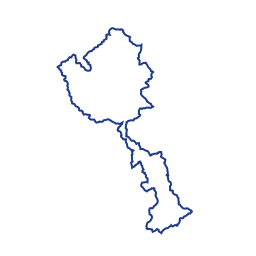 outline of Concepcion, Junín, Peru, rotated 286°
{"feature_id": "86281439B60815042130101", "entity_name": "Concepcion", "entity_type": "district", "adm_level": 2, "iso_a3": "PER", "parent_name": "Peru", "parent_adm1": "Junín", "projection": "natural_earth1", "projection_center": [-75.231, -11.807], "detail": "fine", "context": "isolated", "style": "outline", "palette": "blue", "viewbox_px": 256, "rotation_deg": 286, "n_neighbors": 0, "source": "geoboundaries", "source_scale": "gbopen_adm2", "svg_char_len": 5857}
<svg xmlns="http://www.w3.org/2000/svg" viewBox="0 0 256 256"><g transform="rotate(286 128 128)"><path d="M105.4,172.9L108.0,172.6L109.4,167.6L111.7,167.6L114.1,166.5L113.5,164.6L112.5,164.1L112.3,163.3L111.5,163.2L111.1,162.7L111.0,161.7L110.3,160.0L109.3,158.9L109.1,158.1L108.3,157.8L107.7,157.1L111.2,153.5L111.2,151.0L111.9,148.1L111.6,146.6L111.1,145.8L113.3,144.8L114.4,143.4L115.5,143.2L116.5,142.7L116.3,142.0L115.0,140.4L115.9,139.6L117.2,137.4L117.3,136.4L116.8,135.5L116.8,134.6L119.2,131.5L119.6,130.3L119.5,128.6L120.4,128.3L121.3,128.6L121.9,128.0L122.6,127.7L123.8,127.8L124.9,127.4L126.3,127.4L126.9,126.1L127.3,125.8L128.2,125.8L129.4,125.3L132.4,125.3L133.2,125.0L133.6,125.6L134.4,125.9L135.6,127.5L136.3,128.9L136.8,131.2L138.5,131.5L139.8,133.7L142.6,135.8L143.8,136.2L144.7,134.4L146.1,134.3L147.4,133.7L149.7,134.0L150.2,134.3L150.4,134.9L150.2,136.2L151.5,137.6L151.5,138.7L152.8,140.4L153.7,144.4L155.4,146.2L156.3,144.3L157.5,143.4L157.8,141.5L158.2,140.8L158.7,139.0L159.5,138.7L160.6,137.1L161.1,136.8L161.9,134.5L163.3,132.0L164.3,131.1L165.0,130.9L166.3,130.9L167.9,130.1L168.6,130.2L169.8,131.6L170.8,132.4L171.6,133.5L171.8,134.4L173.5,136.4L174.7,135.9L175.5,134.7L175.8,133.0L176.5,132.4L177.5,133.0L178.7,134.7L180.6,134.3L181.3,135.4L181.5,136.4L182.2,136.7L183.6,137.0L184.5,136.0L187.0,135.7L188.7,136.7L189.2,135.5L189.1,134.3L190.9,133.1L191.3,131.9L192.6,130.1L194.3,128.8L195.2,127.1L195.6,127.0L194.4,124.4L192.5,122.8L192.2,121.4L196.2,120.5L196.6,120.0L196.9,118.9L197.9,118.2L198.8,119.0L202.0,118.0L204.5,119.0L207.9,118.9L211.5,118.0L210.8,117.5L209.4,113.4L210.1,111.8L210.2,109.4L211.4,108.3L212.0,105.8L215.2,104.7L216.0,104.9L216.6,101.0L217.3,98.8L218.7,97.6L218.9,96.9L220.4,96.4L221.0,95.3L220.9,93.9L220.3,93.6L220.1,91.1L219.3,89.3L219.7,87.5L219.6,85.1L217.6,83.5L215.4,83.1L214.9,83.2L214.4,83.8L213.5,83.8L212.6,84.7L212.3,82.6L211.8,81.6L211.2,81.5L210.2,82.2L209.4,82.0L208.6,82.7L208.0,82.8L207.4,82.5L206.1,80.8L204.2,80.7L203.8,79.4L203.5,79.2L201.5,79.4L201.3,78.7L199.8,77.5L199.2,76.4L198.6,76.4L197.9,76.7L197.1,76.0L196.6,74.5L195.9,73.7L194.4,73.6L193.9,72.8L191.8,71.8L191.6,70.6L190.1,69.2L188.8,68.4L186.5,67.8L184.3,66.1L182.8,66.2L181.5,69.8L180.0,70.7L180.1,72.2L178.9,72.1L178.4,72.3L178.3,74.3L175.5,75.8L173.6,75.9L172.8,75.6L172.0,73.8L172.0,71.1L173.6,69.5L174.4,67.9L174.3,66.1L175.7,65.6L177.2,63.7L176.0,60.7L176.4,60.1L177.3,59.8L179.3,59.7L181.0,58.2L182.9,57.7L183.3,57.2L183.5,55.3L181.9,54.4L180.2,54.0L180.1,52.8L179.7,52.2L178.3,51.6L176.7,51.5L175.5,49.7L174.4,49.2L174.4,48.5L173.7,47.1L172.4,46.0L170.0,46.4L168.6,44.4L167.2,43.5L166.6,44.5L166.4,45.4L165.7,45.8L165.3,46.4L164.9,47.9L163.8,48.1L163.1,48.7L162.9,49.4L161.0,49.8L160.4,51.3L160.6,52.9L160.4,53.8L158.5,54.2L157.2,53.2L156.7,53.3L155.9,54.4L156.1,55.6L155.5,56.9L153.4,58.2L152.0,57.9L150.6,59.1L148.2,59.2L147.8,60.4L147.2,61.0L146.6,61.0L145.3,62.4L143.7,62.5L143.0,62.9L142.1,65.1L139.7,65.5L138.3,66.2L138.2,66.6L137.2,67.2L136.2,67.5L136.3,69.8L136.0,70.3L135.0,71.1L134.5,72.1L134.3,74.2L133.8,74.7L133.5,75.5L132.0,75.8L131.5,76.4L131.4,77.2L131.9,78.2L131.6,79.5L131.2,80.0L130.5,80.0L128.7,81.8L129.6,83.5L129.5,85.5L130.1,87.6L129.4,88.0L127.0,87.5L126.1,89.1L125.9,90.2L126.8,93.3L124.9,95.1L124.5,96.2L125.1,97.0L125.3,97.9L126.4,98.8L126.4,100.2L127.1,101.8L128.6,102.5L129.1,103.1L129.2,103.8L130.8,106.2L130.9,108.2L130.4,108.6L130.3,110.0L129.7,111.2L129.3,114.2L128.9,115.2L129.4,116.4L129.6,118.4L130.2,119.8L131.7,121.1L130.1,121.2L128.8,120.0L127.8,120.2L126.7,119.2L126.0,119.2L125.7,118.6L125.1,118.5L124.4,118.8L123.6,118.5L123.0,118.8L122.3,119.5L122.6,120.7L122.0,122.2L119.2,123.8L118.6,123.4L118.1,123.6L117.3,124.3L116.9,125.3L116.0,126.2L115.9,126.9L116.6,129.2L115.2,129.3L113.9,129.9L112.1,131.5L109.9,132.5L109.1,133.3L108.9,134.9L107.7,137.6L108.1,138.9L107.9,139.4L106.3,138.3L104.4,139.5L103.7,139.5L103.0,139.0L102.4,139.5L101.5,139.6L100.0,140.3L98.6,140.6L97.0,141.7L96.0,140.6L95.6,140.5L92.2,142.5L90.9,142.9L92.4,144.2L92.7,144.8L93.2,144.8L94.6,145.5L95.1,146.3L96.3,147.0L97.0,147.9L98.0,147.4L99.1,148.7L98.0,150.2L97.5,150.2L95.9,151.2L95.6,152.0L93.9,152.8L92.4,154.4L91.0,153.6L89.6,154.1L89.6,156.4L88.7,156.3L88.1,157.8L87.6,158.3L86.4,158.5L85.4,159.2L85.1,160.5L84.6,160.9L81.1,161.7L81.1,160.5L79.3,156.6L77.3,156.3L75.7,156.8L74.7,159.0L72.8,161.3L72.6,162.6L72.2,163.4L72.4,163.8L73.7,164.6L75.8,167.0L76.6,167.4L76.7,168.7L77.4,168.9L77.9,168.7L77.4,169.1L77.2,170.0L75.9,170.1L74.0,172.5L71.8,173.1L71.4,172.9L71.0,173.2L70.5,173.1L67.7,175.7L66.5,176.5L65.0,176.9L63.7,176.9L62.1,175.8L61.6,175.9L60.0,174.4L58.6,174.3L57.8,173.8L57.3,173.1L57.4,172.3L56.9,171.3L55.3,170.9L51.1,172.5L50.7,173.4L50.6,174.5L48.7,175.8L46.1,175.4L44.8,175.0L43.9,174.4L42.7,173.0L42.2,172.8L38.7,172.7L37.2,173.8L36.5,173.6L36.3,173.9L36.3,174.6L36.9,176.5L36.9,177.9L37.2,178.8L35.0,180.3L36.8,182.5L38.9,183.7L38.4,185.6L37.4,185.8L36.9,186.7L36.2,189.1L37.8,189.3L39.1,189.8L40.9,191.1L42.0,192.1L42.6,193.7L44.5,195.0L45.8,196.2L46.4,196.3L45.9,197.0L45.6,197.9L47.5,199.8L47.9,200.8L47.5,201.6L47.8,202.4L48.9,202.0L49.7,202.9L52.1,203.5L53.2,203.4L53.9,202.9L55.7,203.1L56.3,205.4L56.9,206.0L57.3,205.8L58.3,206.3L59.7,208.1L60.9,208.7L61.6,209.7L62.5,209.7L63.0,211.5L64.2,211.7L65.2,212.5L66.1,211.6L65.9,211.2L67.2,207.3L66.1,204.8L65.9,203.2L67.7,200.0L68.6,199.1L68.6,197.9L69.4,197.4L70.6,197.5L72.1,196.5L74.5,195.8L75.0,194.8L76.2,194.1L76.9,193.1L76.9,191.4L77.3,190.1L78.2,188.8L79.0,188.5L79.6,188.6L80.0,188.4L80.0,187.2L79.7,185.7L83.5,184.5L85.2,185.0L85.9,184.8L87.4,184.0L87.8,183.4L88.0,181.9L88.6,181.4L91.3,180.0L92.9,179.6L93.2,178.2L93.5,178.2L94.1,179.4L94.6,178.9L96.8,178.3L97.4,177.8L99.7,177.0L101.0,176.0L102.3,174.4L103.1,174.0L103.9,172.8L105.0,172.4L105.4,172.9Z" fill="none" stroke="#1e3a8a" stroke-width="2"/></g></svg>